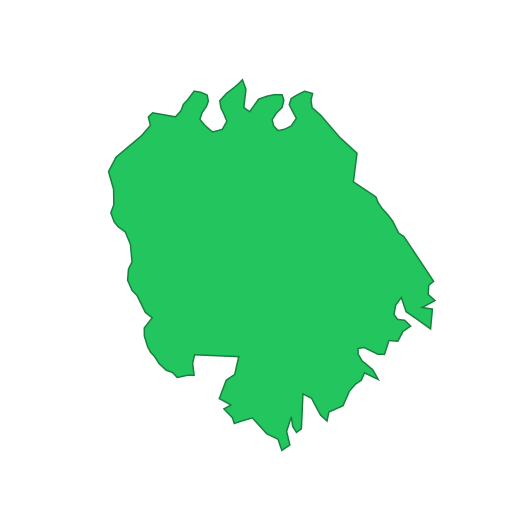 outline of Charrua, Rio Grande do Sul, Brazil, rotated 56°
{"feature_id": "56859067B76917344128556", "entity_name": "Charrua", "entity_type": "district", "adm_level": 2, "iso_a3": "BRA", "parent_name": "Brazil", "parent_adm1": "Rio Grande do Sul", "projection": "albers", "projection_center": [-52.001, -27.948], "detail": "fine", "context": "isolated", "style": "filled", "palette": "green", "viewbox_px": 512, "rotation_deg": 56, "n_neighbors": 0, "source": "geoboundaries", "source_scale": "gbopen_adm2", "svg_char_len": 1934}
<svg xmlns="http://www.w3.org/2000/svg" viewBox="0 0 512 512"><g transform="rotate(56 256 256)"><path d="M376.3,122.9L322.6,122.5L316.8,124.9L303.4,123.2L296.0,123.6L287.0,124.9L280.1,124.9L274.1,123.6L249.0,133.8L227.3,114.8L204.3,120.3L175.8,123.6L164.4,126.5L157.6,123.3L152.9,118.2L146.6,123.5L145.5,131.5L145.1,138.8L149.1,143.8L155.6,144.7L164.4,145.5L167.9,154.2L167.0,161.0L164.4,167.6L157.9,168.6L152.1,166.4L149.1,159.7L147.4,151.2L142.4,145.8L136.9,144.2L132.6,150.4L129.8,157.1L127.4,166.1L130.6,174.6L132.8,180.7L126.0,183.0L118.9,176.9L112.2,171.1L102.3,168.7L103.6,175.3L104.3,182.4L104.7,189.3L107.0,199.2L113.7,202.3L120.2,203.2L128.0,204.8L132.2,213.1L128.9,222.7L119.0,225.4L111.3,226.1L107.0,220.5L104.3,213.5L101.0,208.9L95.2,206.5L89.4,210.2L84.7,215.1L88.2,225.0L89.7,231.5L93.5,236.7L95.6,244.9L79.5,261.6L80.6,267.6L88.7,270.5L92.3,283.9L95.8,316.7L103.5,331.0L121.1,336.8L134.0,345.2L139.0,352.2L148.6,354.5L154.8,353.9L163.0,350.9L175.9,353.5L191.6,362.1L195.5,369.0L204.3,376.0L215.4,378.0L222.2,376.7L240.9,379.3L249.2,376.6L253.2,388.9L259.9,393.3L270.7,396.6L276.9,397.2L282.5,396.3L291.3,396.5L300.6,394.3L306.0,390.3L312.7,389.3L316.5,379.6L320.3,374.0L309.4,368.5L303.6,362.1L329.8,326.6L342.3,339.9L342.3,350.1L353.7,366.2L365.5,360.1L364.8,368.1L376.9,366.0L382.7,367.7L384.8,360.1L388.2,349.5L409.4,346.5L420.2,340.2L431.6,343.3L431.6,333.6L418.5,328.7L409.1,316.7L417.9,320.9L424.9,321.1L424.6,315.0L396.6,294.2L405.0,289.5L424.1,291.5L432.5,289.4L426.1,282.8L428.8,267.6L420.2,254.0L417.9,245.3L417.9,238.3L413.6,231.4L426.7,223.7L415.6,222.8L402.1,226.7L394.4,226.2L389.7,223.1L392.4,217.5L405.6,209.9L409.4,204.5L400.4,193.0L406.0,186.0L400.7,176.3L400.6,167.0L392.4,168.7L387.7,174.1L381.6,174.3L374.8,167.6L371.7,158.8L386.2,162.7L398.6,157.8L414.1,152.1L398.6,139.4L391.6,147.1L393.0,132.5L384.2,134.8L376.9,129.2L376.3,122.9Z" fill="#22c55e" stroke="#15803d" stroke-width="1.5"/></g></svg>